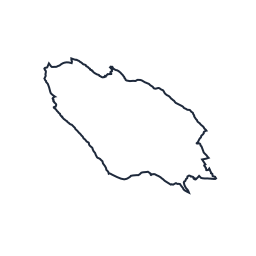 Caldas, Boyacá, Colombia (Equal Earth projection), rotated 296°
{"feature_id": "7082276B54431316283540", "entity_name": "Caldas", "entity_type": "district", "adm_level": 2, "iso_a3": "COL", "parent_name": "Colombia", "parent_adm1": "Boyacá", "projection": "equal_earth", "projection_center": [-73.872, 5.576], "detail": "fine", "context": "isolated", "style": "outline", "palette": "slate", "viewbox_px": 256, "rotation_deg": 296, "n_neighbors": 0, "source": "geoboundaries", "source_scale": "gbopen_adm2", "svg_char_len": 5808}
<svg xmlns="http://www.w3.org/2000/svg" viewBox="0 0 256 256"><g transform="rotate(296 128 128)"><path d="M95.8,169.2L95.8,169.3L96.7,169.8L97.1,170.1L97.4,170.8L97.9,171.4L98.2,172.4L98.1,175.1L98.2,176.3L98.0,178.8L97.5,180.7L97.3,182.1L96.9,183.2L96.6,184.4L95.9,191.0L95.9,191.4L96.6,191.9L96.8,193.3L99.3,195.1L99.5,195.6L99.4,196.2L99.4,196.8L99.6,197.4L100.0,197.9L100.4,199.3L99.5,200.8L98.0,204.0L97.4,204.5L97.1,205.2L96.8,206.1L96.6,209.2L96.6,211.1L97.8,209.8L98.6,208.6L99.4,206.5L100.0,205.6L101.2,204.0L101.7,203.5L103.4,202.1L103.8,202.0L104.5,202.0L105.0,202.5L105.7,202.7L107.5,202.5L108.8,203.2L110.5,202.7L110.8,202.9L112.0,203.7L112.2,204.4L112.2,204.8L111.9,205.8L112.4,206.4L112.3,207.0L112.5,207.6L112.5,208.2L112.4,208.4L111.4,209.0L111.2,209.3L111.2,209.5L112.0,209.6L112.1,209.9L111.2,210.6L111.3,211.0L111.4,211.3L111.7,211.5L114.6,212.5L116.1,212.9L115.2,215.4L115.2,215.7L115.5,217.0L116.2,218.9L117.5,221.5L118.1,223.1L118.9,224.9L119.1,225.7L119.3,225.9L119.6,226.9L120.4,228.7L121.3,229.2L121.9,228.2L122.3,227.7L121.9,225.2L123.8,223.8L123.7,222.5L124.1,222.4L124.4,222.2L125.4,220.8L126.2,220.1L127.2,218.8L126.6,218.7L126.4,218.8L125.7,218.7L125.1,218.0L124.6,217.3L124.5,216.8L126.2,215.7L126.3,215.0L127.1,214.3L127.3,213.4L127.5,213.1L127.7,212.9L128.6,213.0L129.2,213.5L132.2,208.4L134.8,211.8L136.5,213.5L137.1,211.9L137.8,210.7L139.0,207.2L139.5,206.4L140.0,206.0L143.6,202.2L143.8,201.9L143.9,201.2L144.1,200.9L145.1,200.1L145.4,199.5L145.4,198.5L145.3,198.3L144.9,198.0L144.7,197.7L144.3,196.9L144.3,196.5L144.5,196.4L145.7,196.9L146.3,197.0L148.6,197.0L150.2,197.1L151.0,197.5L151.9,197.6L153.2,197.3L155.3,198.2L156.1,198.3L156.4,198.4L157.1,198.0L157.9,198.0L159.7,199.2L160.0,199.6L160.5,198.7L160.9,197.1L161.1,196.6L161.6,196.1L161.9,195.6L162.5,194.0L162.6,193.1L163.2,191.2L163.6,190.7L163.7,190.1L164.0,188.6L164.3,187.6L165.4,186.4L165.6,185.5L167.3,182.6L167.7,182.2L168.1,182.1L168.6,181.5L168.9,180.8L170.1,179.6L170.2,179.1L170.3,177.9L170.6,177.2L171.2,176.0L171.2,175.3L170.7,174.1L170.4,173.3L170.6,171.5L170.5,169.7L170.7,169.1L171.1,168.5L171.3,167.7L171.4,166.6L171.5,159.9L171.9,158.8L172.6,157.6L172.7,157.2L172.8,156.2L173.2,155.0L173.3,154.0L174.2,152.1L174.6,150.6L174.6,148.5L175.0,146.7L175.5,145.6L176.8,143.8L177.2,142.9L177.3,142.6L177.1,141.2L177.5,138.9L177.4,138.1L177.2,137.6L175.6,135.8L175.2,135.0L175.1,134.2L175.0,133.8L175.9,132.1L176.2,129.3L176.8,127.5L176.8,126.9L176.7,126.3L176.6,124.1L176.5,123.3L176.8,119.6L176.7,118.7L176.5,117.8L175.5,115.6L175.3,115.3L173.6,114.2L172.5,111.7L171.0,109.2L170.8,108.6L170.1,106.0L170.1,105.2L170.4,104.5L171.2,103.8L171.4,102.9L172.3,102.1L172.5,101.4L173.2,100.3L174.0,98.0L174.5,96.9L174.8,95.3L175.0,94.8L175.1,94.3L175.0,93.8L175.1,92.8L174.8,92.0L174.7,91.1L174.9,89.4L175.1,88.4L176.0,87.3L176.1,86.9L175.8,86.4L175.7,86.1L175.3,86.0L175.3,85.5L174.9,85.5L174.7,85.4L174.6,85.8L174.2,86.2L173.9,87.2L173.3,88.2L172.9,88.1L172.5,88.3L172.2,88.4L172.1,88.7L171.9,88.7L171.1,87.9L170.7,87.7L170.3,87.8L170.0,88.1L169.5,89.1L169.3,89.3L169.2,89.3L168.7,88.5L168.6,88.2L168.4,87.7L167.8,87.0L167.5,86.1L166.5,85.8L166.2,85.7L165.7,85.7L165.3,85.3L165.2,85.2L165.1,85.4L164.8,85.4L164.5,85.1L164.5,84.9L164.2,85.1L163.9,84.5L163.8,84.4L163.6,84.6L163.4,84.5L163.2,83.8L162.5,83.3L162.2,81.8L162.5,80.6L162.3,79.6L162.4,79.4L162.9,78.6L162.9,78.4L162.6,76.8L162.7,74.1L162.9,73.7L162.9,72.8L163.1,72.2L163.7,71.3L163.6,70.6L164.0,70.3L164.1,70.1L164.1,69.8L163.8,69.0L163.9,68.4L164.0,68.2L164.4,68.1L164.5,68.0L164.6,67.8L164.7,66.5L164.8,66.1L165.1,65.6L165.3,64.7L165.3,64.3L165.2,64.0L165.2,63.5L165.3,63.2L165.9,62.6L166.0,62.4L166.0,61.8L165.9,60.8L165.7,60.3L165.7,59.7L165.9,59.0L166.2,58.3L166.2,57.8L166.5,56.6L166.4,55.9L166.7,55.0L166.8,54.6L166.7,53.1L166.8,51.9L166.4,51.4L166.3,50.5L166.1,50.1L165.8,47.6L165.7,46.6L164.5,47.2L163.4,48.3L162.9,48.6L161.6,48.9L161.4,47.9L160.9,45.9L160.1,44.0L158.9,42.3L157.8,41.2L156.1,40.0L155.2,39.6L154.2,39.1L152.9,37.8L151.8,37.0L151.4,36.5L149.5,32.8L149.5,32.5L149.8,31.6L151.4,28.6L147.2,28.8L146.9,28.7L145.7,27.1L145.3,26.9L144.8,26.8L144.2,27.4L143.8,27.9L143.6,28.5L143.2,29.1L142.8,29.4L141.3,30.0L140.4,30.1L139.8,30.4L139.5,30.8L138.6,31.2L135.8,31.2L135.5,31.7L134.6,32.7L134.3,33.8L133.5,34.2L132.6,36.4L132.1,37.0L129.9,39.3L126.4,42.3L125.4,43.4L125.2,43.9L124.9,44.9L124.5,46.5L124.2,48.5L123.9,48.1L123.6,47.8L123.0,47.9L122.2,47.4L121.5,47.3L121.0,47.9L120.8,48.1L120.8,48.5L120.7,48.6L120.5,48.9L120.1,48.8L119.6,48.9L119.4,49.1L119.2,49.5L119.2,50.1L118.8,50.3L118.6,50.7L118.4,51.6L118.1,52.5L117.7,53.1L117.1,53.4L115.5,53.6L114.7,52.5L114.1,52.2L113.8,52.4L113.6,52.9L113.4,54.2L112.9,55.5L112.2,56.7L111.7,58.3L111.3,58.8L111.1,59.6L111.0,60.4L110.9,60.7L110.2,61.2L109.5,62.5L109.4,62.9L109.4,63.8L108.9,63.9L108.8,64.1L108.6,64.8L107.9,66.5L107.9,67.3L107.7,67.8L107.5,68.7L107.4,69.3L107.4,69.8L107.3,70.4L106.9,70.8L106.7,71.7L106.6,72.7L106.2,73.5L106.1,75.1L106.3,76.0L105.3,78.8L105.0,79.8L104.8,80.3L104.2,80.9L103.9,81.5L103.3,83.6L102.1,86.3L102.0,87.0L101.4,88.5L100.8,89.6L100.7,90.2L100.4,91.0L99.9,91.8L99.2,92.6L99.1,93.0L98.9,94.3L98.7,94.8L97.8,96.6L97.6,97.8L97.7,98.5L97.6,99.1L97.0,99.6L96.4,100.0L95.6,100.9L95.3,101.6L94.6,104.4L94.2,105.0L93.4,105.6L92.1,107.2L91.1,109.4L89.8,110.7L88.1,113.0L87.9,113.8L88.0,115.3L87.9,116.7L87.6,117.2L86.9,119.6L86.0,120.4L85.2,121.0L83.6,124.1L82.2,126.0L81.5,126.4L80.9,126.9L80.4,128.4L79.8,129.6L78.5,130.7L79.0,131.1L79.1,131.3L79.2,132.7L79.1,134.0L79.1,139.7L79.4,143.9L80.2,147.1L81.6,148.9L82.4,149.6L84.6,151.0L85.4,151.4L86.2,151.5L87.5,153.2L89.4,156.4L90.1,157.9L91.5,158.8L93.7,159.6L94.7,160.8L96.8,164.3L97.3,164.9L97.4,165.1L96.9,168.3L96.3,168.5L96.1,168.7L95.8,169.2Z" fill="none" stroke="#1e293b" stroke-width="2"/></g></svg>